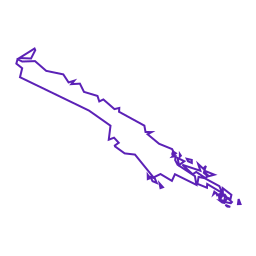 the district of Hograno-Kia-Havulei, Isabel, Solomon Islands, rotated 176°
{"feature_id": "97153195B62958617202697", "entity_name": "Hograno-Kia-Havulei", "entity_type": "district", "adm_level": 2, "iso_a3": "SLB", "parent_name": "Solomon Islands", "parent_adm1": "Isabel", "projection": "robinson", "projection_center": [158.602, -7.881], "detail": "medium", "context": "isolated", "style": "outline", "palette": "violet", "viewbox_px": 256, "rotation_deg": 176, "n_neighbors": 0, "source": "geoboundaries", "source_scale": "gbopen_adm2", "svg_char_len": 1747}
<svg xmlns="http://www.w3.org/2000/svg" viewBox="0 0 256 256"><g transform="rotate(176 128 128)"><path d="M234.9,200.0L229.4,195.0L232.2,186.2L165.7,148.1L145.3,131.5L148.0,117.7L142.6,119.3L138.3,113.9L142.4,111.4L142.2,110.5L133.1,102.9L122.9,101.0L106.0,76.9L98.8,79.8L87.9,72.2L84.4,78.6L63.7,66.5L64.6,75.3L81.1,87.9L83.2,92.7L82.5,96.6L85.8,96.3L85.1,96.9L85.7,99.0L84.6,101.8L85.5,103.9L98.1,110.1L108.9,120.4L104.7,122.3L110.8,122.8L111.5,129.2L135.8,144.8L135.3,148.6L140.2,147.8L150.6,158.2L154.8,156.5L156.2,162.1L169.4,167.1L172.9,175.6L181.4,175.7L178.3,179.0L184.1,177.6L188.8,186.0L205.6,190.7L216.1,201.2L228.9,201.7L233.4,204.3L234.9,200.0ZM76.3,87.5L66.7,77.4L63.0,79.4L54.5,72.9L51.7,74.2L55.5,78.0L55.1,79.0L50.7,74.3L45.1,75.4L54.8,80.1L52.9,84.7L55.8,82.2L60.5,87.2L58.8,80.3L76.3,87.5ZM62.7,67.5L53.4,62.9L52.9,66.6L38.5,56.6L40.9,63.6L54.9,72.5L61.0,74.3L62.7,67.5ZM231.5,205.4L219.9,204.1L215.1,212.1L215.7,213.8L231.5,205.4ZM41.9,55.5L41.9,50.7L39.2,55.6L36.0,54.7L35.2,53.3L38.7,53.9L41.3,50.0L37.0,48.5L36.1,52.6L30.7,50.1L29.5,54.1L37.7,61.4L37.9,56.3L41.9,55.5ZM80.7,94.7L79.7,87.4L74.1,90.9L80.7,94.7ZM36.8,47.5L30.7,45.8L29.5,46.9L33.6,51.1L36.8,47.5ZM109.1,77.7L107.2,73.2L103.2,71.2L104.8,75.9L109.1,77.7ZM71.5,93.2L70.4,90.6L66.8,88.7L66.6,91.7L71.5,93.2ZM23.6,44.4L21.1,44.3L22.6,49.4L23.6,44.4ZM100.4,70.5L99.8,65.8L97.3,66.5L100.4,70.5ZM84.1,101.0L84.7,97.5L82.0,99.4L84.1,101.0ZM31.5,42.2L36.2,44.5L34.4,42.7L31.5,42.2ZM111.6,79.9L111.8,75.7L110.5,76.1L110.6,78.2L111.6,79.9ZM41.6,49.2L39.2,47.1L37.4,46.6L37.7,48.4L41.6,49.2ZM44.8,57.5L43.4,53.7L43.9,56.1L44.8,57.5ZM46.3,58.4L47.3,56.0L45.4,57.5L46.3,58.4ZM78.1,98.3L78.3,95.7L77.2,96.7L78.1,98.3Z" fill="none" stroke="#5b21b6" stroke-width="2"/></g></svg>